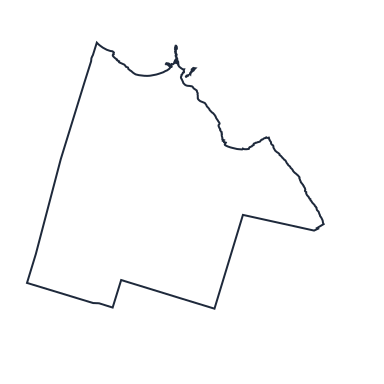 outline of Copper Coast, South Australia, Australia, rotated 107°
{"feature_id": "25037944B48925496758456", "entity_name": "Copper Coast", "entity_type": "district", "adm_level": 2, "iso_a3": "AUS", "parent_name": "Australia", "parent_adm1": "South Australia", "projection": "equal_earth", "projection_center": [137.591, -33.943], "detail": "fine", "context": "isolated", "style": "outline", "palette": "slate", "viewbox_px": 384, "rotation_deg": 107, "n_neighbors": 0, "source": "geoboundaries", "source_scale": "gbopen_adm2", "svg_char_len": 5672}
<svg xmlns="http://www.w3.org/2000/svg" viewBox="0 0 384 384"><g transform="rotate(107 192 192)"><path d="M184.2,56.7L183.2,57.7L181.3,58.6L180.5,59.2L178.6,61.0L177.6,62.4L176.6,63.0L175.6,63.9L173.8,65.2L173.0,66.7L172.7,67.2L171.7,67.9L170.7,68.3L170.6,68.7L170.0,69.1L169.8,69.4L169.8,69.7L169.5,70.1L169.3,70.5L168.6,71.0L167.0,73.9L165.7,75.3L165.4,76.1L165.0,76.4L164.2,76.7L164.1,77.5L163.8,77.7L163.2,78.6L162.4,79.2L162.1,80.0L161.3,81.2L160.0,82.4L158.7,82.7L158.6,82.9L158.3,83.9L157.9,84.3L156.5,84.4L155.2,85.3L154.0,86.7L153.5,87.0L153.4,87.4L152.7,87.9L152.4,88.5L151.8,89.2L150.9,90.7L150.3,91.0L149.0,92.2L148.4,92.5L147.7,93.2L147.3,93.4L146.7,93.4L146.3,93.7L145.9,94.5L145.3,95.2L144.9,96.2L144.0,98.1L143.6,99.3L143.2,100.1L142.8,100.7L142.5,101.3L142.0,101.7L141.9,101.9L141.2,102.5L140.4,103.9L140.1,104.7L139.1,105.6L138.7,106.4L138.2,107.8L137.3,108.6L137.0,109.4L136.6,109.8L134.6,111.8L134.2,112.8L134.1,113.4L133.2,114.6L132.9,115.5L132.4,116.1L131.6,117.4L131.0,119.0L130.9,119.2L130.3,119.3L130.0,119.7L129.5,120.8L129.0,122.6L128.1,124.6L127.2,125.5L126.6,126.2L125.8,127.0L125.3,127.3L124.5,127.5L123.8,128.0L123.3,129.6L122.8,130.3L122.4,130.6L121.3,131.0L120.9,131.4L119.9,132.8L119.3,133.1L118.7,133.8L117.9,134.1L117.6,134.4L118.1,134.7L118.1,134.8L118.2,136.3L118.2,136.6L118.0,136.9L118.1,137.1L118.6,137.4L118.9,137.4L119.3,138.4L119.9,139.0L121.1,139.8L121.3,140.0L121.4,140.5L121.7,140.7L122.5,141.3L123.7,141.6L124.7,142.8L125.1,143.7L126.0,144.7L126.2,145.4L126.9,146.0L127.4,146.7L127.7,147.0L128.1,147.1L128.5,147.1L128.8,146.8L129.2,146.8L129.6,147.4L130.0,147.9L130.8,148.1L131.6,149.1L132.0,149.4L132.3,150.0L133.4,150.3L134.0,150.2L134.2,150.3L135.2,152.5L135.6,153.9L135.8,155.1L135.6,156.0L136.2,156.1L136.5,156.3L136.7,156.7L137.1,158.5L137.7,161.4L138.0,166.1L138.1,168.4L138.0,171.1L137.8,172.7L137.6,173.7L137.4,174.2L137.1,174.5L134.9,174.1L134.9,174.4L135.6,174.6L135.1,175.2L135.2,175.4L135.1,175.9L134.4,176.2L134.1,176.8L134.1,177.5L133.4,177.6L133.3,177.2L133.0,176.9L132.9,177.4L133.1,178.1L132.8,178.4L131.3,178.8L129.7,179.9L127.3,180.8L127.3,180.6L126.0,181.2L126.0,181.3L126.1,181.5L124.6,183.2L124.3,183.4L123.7,183.3L123.5,183.5L122.7,184.6L121.1,185.9L120.5,186.1L120.1,186.1L119.6,185.8L118.6,185.6L118.2,185.8L117.6,186.3L116.8,187.5L116.2,188.0L115.6,188.8L114.4,190.3L113.5,191.1L112.8,191.5L112.4,192.2L111.5,193.1L111.1,193.9L110.5,194.7L110.1,196.1L108.5,199.0L107.6,199.8L107.2,200.4L106.8,200.9L105.8,202.8L104.7,203.7L103.3,205.5L103.1,206.1L102.7,210.7L102.0,212.4L101.4,213.3L100.9,213.8L100.4,213.8L99.8,214.2L98.2,214.6L96.9,215.3L95.9,215.4L94.5,216.7L93.9,216.9L93.5,217.2L92.4,220.8L92.2,221.0L91.6,221.6L91.0,222.8L91.0,223.4L91.2,224.4L91.2,225.0L91.7,227.1L91.8,228.1L91.7,229.4L91.6,229.8L90.9,231.2L90.2,232.3L89.5,232.7L86.9,235.0L86.8,235.3L86.0,235.9L85.3,236.2L83.8,236.0L83.4,236.3L83.0,236.3L82.4,235.8L80.5,235.6L80.3,235.4L80.5,235.2L80.0,234.7L79.0,234.9L78.0,235.5L77.0,235.4L77.3,236.4L77.3,236.9L76.6,239.1L75.9,240.8L75.2,241.7L74.8,242.1L74.6,242.0L74.3,242.2L73.8,242.3L73.3,242.7L72.6,243.0L71.8,243.1L70.8,244.1L70.5,244.7L69.8,245.1L70.0,245.3L69.4,245.9L69.6,246.2L70.1,246.3L70.3,246.3L71.1,245.8L71.9,246.0L72.4,245.6L72.5,245.1L71.5,245.5L70.9,245.4L70.6,245.6L70.4,245.7L71.2,244.9L71.5,244.2L71.7,243.9L72.0,243.9L72.5,244.0L72.9,243.6L73.3,243.5L72.9,244.0L73.0,244.4L73.3,244.8L73.2,245.0L72.8,245.0L73.1,245.5L72.7,245.7L72.7,246.0L73.5,246.2L73.7,246.4L73.7,246.5L72.7,246.6L72.5,246.8L73.4,246.9L74.2,246.8L75.2,247.4L75.6,247.9L75.5,248.9L75.6,249.0L76.0,248.7L76.6,249.2L76.8,249.2L77.2,249.1L77.1,248.9L77.1,248.7L77.7,248.5L78.0,248.1L78.3,248.1L78.5,248.3L78.6,248.7L78.3,249.4L78.5,250.0L78.8,249.4L79.1,249.2L79.7,249.3L80.9,249.8L83.0,251.4L84.1,252.8L85.9,254.5L88.3,257.8L90.0,260.3L90.6,261.4L92.8,265.6L93.5,267.2L94.1,269.0L94.8,271.5L95.8,277.0L96.0,280.2L95.7,281.5L95.1,283.4L94.1,285.5L93.9,286.6L93.4,287.6L93.1,288.7L91.7,289.6L91.5,291.9L90.9,292.5L90.0,293.9L89.3,299.4L89.1,299.8L88.3,299.9L88.2,301.2L87.9,302.2L87.7,302.5L87.3,302.3L87.2,302.4L86.8,303.8L86.3,305.1L85.4,306.9L85.2,307.1L84.8,307.6L84.0,307.8L83.6,307.7L83.2,307.1L82.7,307.3L82.1,307.8L81.9,307.8L81.6,307.5L81.4,307.5L80.8,308.8L80.7,309.6L81.0,310.9L81.0,312.2L80.9,315.1L80.0,319.5L78.8,323.0L78.0,324.9L77.0,326.7L90.1,326.8L91.5,327.1L93.5,327.3L96.5,326.7L118.6,326.9L199.0,327.1L297.0,323.2L327.2,323.2L327.1,254.1L325.6,248.4L325.7,234.1L296.9,234.0L297.0,173.1L297.0,172.2L297.0,136.4L199.0,136.6L193.2,64.0L190.3,60.8L189.9,61.9L184.2,56.7ZM56.8,250.0L57.5,250.0L57.9,250.1L58.6,249.8L58.8,249.9L58.8,250.2L58.6,250.4L59.0,250.4L59.5,250.0L59.9,249.9L60.3,250.1L61.7,249.2L62.7,249.2L62.8,248.8L63.2,248.8L64.0,248.5L65.5,247.3L65.9,247.4L66.0,247.3L65.6,246.8L65.2,246.8L64.6,247.3L64.0,248.0L60.8,249.0L60.4,249.0L59.7,248.4L59.4,248.4L59.2,248.7L58.7,248.6L58.4,248.8L57.8,248.9L56.8,249.9L56.8,250.0ZM73.4,227.3L73.9,227.4L74.7,228.1L75.1,228.1L75.6,227.8L76.0,227.7L77.4,228.0L78.7,228.5L79.2,228.6L79.6,228.3L79.8,228.0L79.2,228.1L78.7,227.9L78.2,228.0L75.6,226.4L75.6,226.2L75.2,225.9L74.4,225.9L74.1,225.6L73.2,225.3L72.7,225.0L72.8,225.6L73.0,225.6L73.4,225.9L73.3,226.2L73.1,226.5L73.0,227.0L73.4,227.3ZM77.0,251.8L77.1,250.9L76.9,250.8L76.7,250.8L76.1,251.3L76.0,251.6L76.0,252.7L76.1,253.1L76.4,253.4L76.3,253.8L76.3,254.1L77.3,254.4L77.4,254.2L76.7,253.5L76.8,253.2L77.3,252.7L77.2,252.2L77.0,251.8ZM81.2,229.5L82.3,231.2L82.8,231.4L83.4,231.6L83.6,231.4L83.5,231.1L82.5,230.5L82.1,229.9L81.8,229.6L81.2,229.5ZM66.6,247.4L67.5,246.9L67.7,246.1L66.6,247.0L66.5,247.3L66.6,247.4Z" fill="none" stroke="#1e293b" stroke-width="2"/></g></svg>